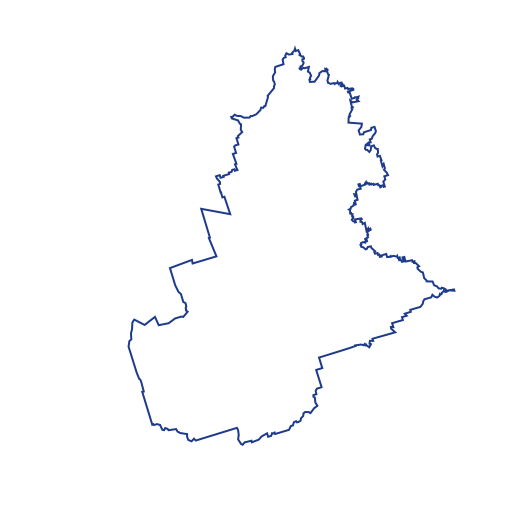 Toowoomba, Queensland, Australia (Mercator projection), rotated 335°
{"feature_id": "25037944B99590448240631", "entity_name": "Toowoomba", "entity_type": "district", "adm_level": 2, "iso_a3": "AUS", "parent_name": "Australia", "parent_adm1": "Queensland", "projection": "mercator", "projection_center": [151.96, -27.48], "detail": "fine", "context": "isolated", "style": "outline", "palette": "blue", "viewbox_px": 512, "rotation_deg": 335, "n_neighbors": 0, "source": "geoboundaries", "source_scale": "gbopen_adm2", "svg_char_len": 6105}
<svg xmlns="http://www.w3.org/2000/svg" viewBox="0 0 512 512"><g transform="rotate(335 256 256)"><path d="M248.3,417.7L247.9,413.8L249.5,409.2L248.6,407.8L249.3,406.3L252.3,406.8L253.1,403.4L255.0,402.0L260.0,402.6L262.4,384.7L268.7,385.6L270.2,374.7L302.2,379.0L308.3,379.6L308.3,379.0L313.9,380.7L315.8,382.3L317.4,381.7L317.4,383.0L318.0,382.9L317.8,383.5L318.5,383.7L320.1,386.6L322.9,384.5L321.8,383.4L323.4,381.0L326.3,382.4L326.6,380.2L349.9,384.0L347.8,379.0L348.3,377.3L350.4,378.5L351.0,374.4L362.0,376.1L362.5,373.1L367.3,373.8L366.5,371.2L372.7,372.0L373.1,370.0L383.5,371.6L386.9,369.8L388.6,367.6L390.4,366.4L397.3,367.5L399.5,365.7L400.5,368.1L402.6,370.2L405.4,369.7L406.6,368.2L407.1,369.0L408.4,368.7L408.6,368.0L411.1,367.2L412.9,368.9L416.7,368.8L421.1,371.3L421.3,370.0L413.8,367.9L413.7,366.1L412.3,365.9L412.5,364.5L411.1,363.3L410.1,363.9L407.9,362.6L407.1,359.8L405.1,357.9L405.2,353.7L399.9,351.1L400.2,350.2L399.1,347.1L400.3,341.4L398.8,340.0L397.1,336.0L397.5,334.4L399.5,334.2L397.8,330.0L395.5,328.7L397.0,329.0L397.4,327.7L395.4,327.4L395.7,325.8L389.2,324.2L390.0,319.5L388.2,319.2L387.6,323.3L385.8,323.0L385.6,320.5L384.0,320.3L384.3,318.6L385.4,318.8L385.6,317.9L383.6,317.6L384.0,315.6L383.3,316.0L380.5,313.9L378.0,313.7L378.0,312.9L376.4,313.2L374.4,312.4L374.9,309.2L369.9,308.5L369.7,309.6L367.9,309.1L368.3,306.7L367.1,306.5L367.4,304.7L364.9,304.3L364.8,302.5L366.0,302.1L364.0,297.5L364.2,295.8L361.0,295.1L359.5,296.4L358.3,296.4L356.7,293.2L355.3,292.2L355.4,290.1L356.3,290.2L356.6,288.7L358.6,288.6L360.5,289.9L360.6,289.2L362.9,289.5L363.1,288.3L362.0,288.1L362.1,286.7L365.4,286.4L365.7,284.2L366.5,284.3L367.0,281.0L371.0,280.7L371.2,279.5L369.7,279.6L369.1,279.2L369.3,278.4L366.8,279.8L368.6,272.0L366.2,272.1L366.5,270.2L365.1,269.0L365.8,267.7L367.5,267.2L367.3,266.4L361.2,264.7L360.8,267.6L359.9,267.4L360.1,266.3L358.8,265.7L358.1,263.8L359.4,262.7L360.0,263.0L360.8,261.3L360.0,260.6L361.1,258.9L360.1,258.6L360.3,257.3L359.4,257.1L360.6,254.1L360.0,253.2L361.7,253.2L362.7,251.9L365.7,251.5L366.8,250.0L367.0,251.2L368.2,251.4L369.0,247.6L371.8,248.0L372.6,244.1L371.0,243.9L371.2,241.6L373.0,243.0L373.6,240.2L375.8,238.6L379.3,239.3L379.7,236.9L378.8,236.3L379.1,234.4L380.5,234.6L380.2,236.8L382.5,237.2L385.4,237.4L385.5,236.2L386.7,235.6L386.4,236.4L387.7,236.6L387.6,237.5L389.1,237.7L388.9,239.1L390.7,239.0L390.6,239.9L393.0,240.2L392.8,241.3L396.9,242.0L396.7,243.5L397.8,244.1L397.7,246.3L398.7,246.2L399.2,245.3L401.0,245.6L400.9,247.3L402.1,247.5L402.8,242.4L405.5,241.3L406.0,238.0L409.8,238.5L409.7,235.5L408.4,232.0L409.9,231.0L410.6,226.6L408.5,228.2L409.5,222.1L410.2,222.2L410.6,217.6L408.2,217.2L408.7,215.0L410.3,214.0L411.6,210.4L410.6,210.0L409.5,208.2L409.6,205.6L406.9,205.2L404.6,208.6L402.7,209.6L401.6,206.7L400.5,206.2L400.1,204.9L402.3,201.8L405.4,203.6L405.8,202.8L404.4,201.2L406.2,200.7L407.9,201.4L408.4,198.4L410.5,198.7L412.2,196.8L415.8,195.1L417.4,193.6L418.0,189.1L414.7,188.6L413.5,190.4L406.1,189.5L404.6,191.0L401.5,189.8L402.1,185.6L406.1,183.5L407.9,180.8L396.2,174.2L398.3,170.0L399.3,169.5L399.2,168.9L400.5,168.8L400.4,167.4L405.4,163.6L405.0,162.8L405.4,161.9L406.5,161.9L406.0,161.0L407.2,155.0L408.5,157.6L414.3,159.0L413.4,156.9L415.1,156.2L414.5,155.0L415.5,155.6L416.2,154.9L409.2,153.9L410.1,146.9L408.7,146.8L408.8,145.8L414.4,146.6L414.8,145.6L414.1,144.7L410.0,143.6L409.9,142.3L407.5,141.9L407.9,138.8L405.0,138.4L404.6,137.7L407.1,136.8L406.9,136.1L404.9,136.0L406.4,135.7L406.7,134.9L405.0,134.6L403.8,135.3L403.5,132.8L402.7,133.8L400.9,133.0L400.0,133.4L399.7,132.2L396.5,131.6L394.5,129.5L395.0,127.0L398.6,122.7L398.2,122.3L398.3,119.0L399.6,117.5L399.0,116.1L398.2,116.5L397.8,115.8L396.7,117.8L394.2,116.4L390.7,117.1L389.5,119.0L382.8,122.8L378.4,121.0L378.9,118.8L379.9,118.7L380.1,117.4L382.1,116.0L382.2,112.6L381.0,110.8L383.8,107.0L379.5,106.4L378.2,105.4L375.7,106.2L374.9,105.4L374.8,104.3L376.3,104.2L376.5,103.0L378.2,103.2L380.4,101.5L381.0,100.6L380.4,98.9L381.2,97.3L382.7,97.6L383.2,96.8L383.0,95.0L381.9,94.6L380.4,92.2L381.3,91.8L381.3,87.3L378.7,87.0L379.0,84.5L377.6,86.1L374.7,87.1L374.5,88.3L371.0,87.4L369.3,85.1L367.2,86.7L366.9,88.4L364.8,88.2L363.2,89.2L362.0,93.8L353.4,92.8L351.8,94.9L351.0,97.6L347.5,100.0L346.7,101.3L345.7,104.6L346.1,105.6L345.6,108.4L343.9,110.0L343.4,111.4L334.2,115.8L334.1,117.0L327.8,124.1L326.8,123.7L325.3,124.8L323.4,123.7L321.7,125.6L316.1,127.7L311.6,127.6L310.4,126.9L308.6,127.8L303.6,125.6L301.3,122.7L298.1,121.1L296.3,118.9L293.5,120.0L292.4,119.5L292.2,121.1L297.0,125.5L297.3,129.3L298.1,130.3L295.5,135.3L295.9,137.8L290.2,139.7L290.1,141.2L288.1,140.9L287.2,147.5L284.0,147.0L282.4,147.6L281.5,154.2L278.2,153.7L277.2,164.2L275.7,164.0L275.5,170.2L272.9,169.8L273.1,168.3L270.8,167.9L269.4,169.5L266.6,168.9L266.3,170.4L260.2,169.5L260.1,170.6L256.9,170.1L257.3,167.4L253.4,166.9L253.3,169.2L254.6,173.6L253.9,175.5L252.0,175.3L250.8,183.5L251.2,183.6L250.3,188.6L252.4,188.9L250.3,207.2L226.3,190.1L222.0,219.8L220.9,219.7L220.0,239.6L195.4,236.0L196.3,232.5L172.9,230.6L170.4,248.6L170.6,255.8L171.9,258.7L170.7,267.0L172.2,268.9L171.5,272.3L170.2,273.5L170.2,274.9L169.5,275.7L170.5,277.6L164.3,280.5L162.9,279.4L156.4,278.4L148.5,280.0L138.6,277.6L138.7,268.5L125.9,271.4L118.8,262.2L115.9,264.0L112.6,270.1L110.0,273.3L107.8,278.8L105.2,279.7L102.2,284.3L98.6,311.1L98.2,317.9L98.8,318.9L98.8,321.4L97.0,331.4L95.5,331.0L90.7,365.1L91.9,365.0L92.1,366.1L95.2,366.5L97.6,368.5L97.7,373.9L99.1,375.0L101.0,373.6L102.8,375.3L103.1,376.9L110.4,379.1L110.7,382.0L112.6,384.5L118.3,388.3L117.2,390.4L116.9,394.1L119.3,396.7L122.6,395.4L123.5,397.8L166.1,403.7L166.2,406.2L164.7,410.9L162.3,414.6L163.0,420.0L164.1,421.4L166.9,420.1L173.8,421.5L173.5,423.1L181.0,423.6L184.8,421.9L191.1,421.4L190.6,425.0L193.7,425.4L195.7,423.4L196.3,424.1L198.3,423.9L198.1,425.4L212.5,427.5L215.7,424.8L217.7,425.2L220.2,422.6L222.5,422.7L222.7,424.0L224.2,424.4L226.8,424.1L228.2,422.1L231.2,420.9L232.5,418.7L234.5,418.2L237.8,419.7L238.9,421.4L244.4,418.5L248.3,417.7Z" fill="none" stroke="#1e3a8a" stroke-width="2"/></g></svg>